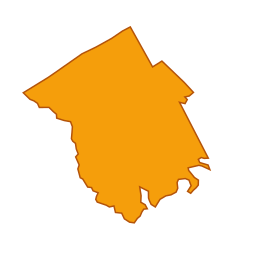 Nova Bassano, Rio Grande do Sul, Brazil, rotated 241°
{"feature_id": "56859067B37994166277971", "entity_name": "Nova Bassano", "entity_type": "district", "adm_level": 2, "iso_a3": "BRA", "parent_name": "Brazil", "parent_adm1": "Rio Grande do Sul", "projection": "natural_earth1", "projection_center": [-51.791, -28.727], "detail": "fine", "context": "isolated", "style": "filled", "palette": "amber", "viewbox_px": 256, "rotation_deg": 241, "n_neighbors": 0, "source": "geoboundaries", "source_scale": "gbopen_adm2", "svg_char_len": 1234}
<svg xmlns="http://www.w3.org/2000/svg" viewBox="0 0 256 256"><g transform="rotate(241 128 128)"><path d="M62.7,183.6L125.5,185.5L121.7,189.7L124.1,193.6L127.6,192.8L126.3,197.1L127.4,202.5L140.8,199.2L170.1,190.1L169.5,179.1L215.3,179.0L215.5,170.2L214.3,157.2L214.3,139.1L215.2,123.9L211.7,90.7L210.9,82.3L209.6,53.5L200.6,56.2L197.3,58.9L193.4,60.8L189.0,60.4L184.3,68.9L178.6,70.6L174.7,72.1L171.2,70.4L165.5,75.8L161.4,80.8L156.1,80.0L151.3,76.9L146.0,73.3L143.2,73.3L140.0,74.6L134.7,72.6L129.4,71.9L128.1,68.2L119.4,67.4L116.5,64.3L107.7,62.1L105.3,63.7L95.9,64.1L93.6,67.2L90.0,67.0L85.8,70.5L83.4,67.2L81.2,65.2L78.1,65.2L71.0,71.6L68.0,73.4L66.6,77.9L60.2,76.1L56.6,81.2L50.3,80.8L44.9,83.7L42.0,87.5L44.4,92.4L45.1,95.9L47.9,99.5L49.4,102.4L48.0,105.7L52.6,105.8L56.9,103.2L62.4,106.6L70.9,109.7L62.8,115.2L56.8,112.0L54.0,111.5L50.0,111.2L45.7,113.6L50.1,121.4L50.3,128.2L48.7,133.2L48.6,139.0L51.2,142.3L56.5,144.5L58.6,147.2L56.0,153.6L52.9,156.1L46.9,155.2L43.7,149.4L40.5,151.2L41.9,155.0L42.7,158.6L44.0,161.8L48.3,164.3L52.5,162.1L61.5,160.5L64.0,161.3L61.0,171.9L59.1,174.1L51.9,179.4L56.8,180.1L63.0,174.0L66.5,174.3L66.7,177.7L64.5,179.9L62.7,183.6Z" fill="#f59e0b" stroke="#b45309" stroke-width="1.5"/></g></svg>